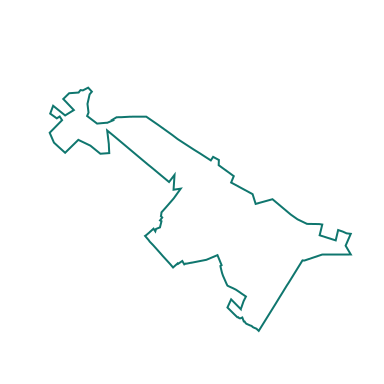 Villa Pesqueira, Sonora, Mexico, rotated 310°
{"feature_id": "50627088B53796408252368", "entity_name": "Villa Pesqueira", "entity_type": "district", "adm_level": 2, "iso_a3": "MEX", "parent_name": "Mexico", "parent_adm1": "Sonora", "projection": "albers", "projection_center": [-110.005, 29.14], "detail": "fine", "context": "isolated", "style": "outline", "palette": "teal", "viewbox_px": 384, "rotation_deg": 310, "n_neighbors": 0, "source": "geoboundaries", "source_scale": "gbopen_adm2", "svg_char_len": 2441}
<svg xmlns="http://www.w3.org/2000/svg" viewBox="0 0 384 384"><g transform="rotate(310 192 192)"><path d="M209.9,320.7L210.3,320.6L210.6,320.6L210.8,320.7L210.9,320.9L211.1,321.3L211.4,321.8L211.8,322.2L227.7,331.9L228.8,333.1L240.3,346.9L246.2,353.8L249.6,344.2L262.0,340.5L259.7,337.0L258.6,333.0L256.8,328.4L247.3,333.2L240.9,317.6L250.8,312.7L249.4,310.4L249.2,310.1L247.6,308.1L241.5,300.6L238.9,290.4L238.2,282.1L238.2,280.7L238.2,279.9L238.2,262.4L238.2,258.3L223.8,248.4L229.3,239.8L224.4,215.9L231.0,213.8L230.0,199.6L229.7,195.2L233.8,192.0L233.1,188.6L232.5,185.6L228.3,186.1L226.7,173.4L225.7,166.5L223.9,151.9L223.3,146.9L223.0,140.3L221.6,122.2L220.3,108.5L209.9,96.2L203.9,89.8L200.8,86.2L195.9,84.5L196.0,85.4L190.4,82.5L190.1,82.0L183.4,75.3L182.8,62.8L186.3,61.7L192.3,55.3L201.0,50.8L204.5,50.8L205.2,45.4L199.7,43.1L198.4,41.1L195.3,41.2L188.7,34.4L180.5,33.6L178.8,48.8L169.1,45.6L168.8,30.2L160.9,33.0L161.5,41.1L164.8,42.1L163.5,46.3L145.9,44.9L141.1,54.5L140.8,61.1L140.5,69.6L158.9,71.4L159.2,72.7L162.2,84.4L162.3,90.9L162.4,97.2L168.6,103.6L174.3,98.3L174.6,98.1L175.6,97.1L184.6,87.5L184.7,96.4L184.7,97.0L184.7,121.8L184.7,133.9L184.7,140.3L184.8,144.9L184.9,168.0L193.9,167.6L181.9,176.4L187.3,181.2L175.6,182.1L174.1,182.1L162.9,181.9L156.8,181.7L154.2,183.4L153.5,183.7L153.3,185.6L149.7,185.8L150.0,187.4L144.3,190.2L140.6,188.2L138.3,189.2L139.2,186.1L137.7,185.9L135.6,185.6L135.4,185.6L134.4,185.4L133.9,185.4L129.7,184.7L128.2,184.3L127.6,187.8L127.3,189.7L126.8,191.5L126.3,196.4L124.5,208.8L124.2,210.6L122.7,221.9L122.0,226.0L128.1,226.9L127.9,227.5L132.9,228.9L131.6,232.6L133.3,233.3L133.5,233.8L137.4,236.9L137.4,237.0L149.3,246.6L160.0,252.1L157.4,257.1L156.8,258.2L155.6,260.5L155.0,261.7L153.6,261.3L153.0,262.0L151.3,264.3L149.4,266.9L147.8,269.5L143.9,277.4L143.1,279.2L143.1,279.6L143.5,281.2L144.6,285.1L144.7,285.5L145.1,287.2L145.4,288.5L145.5,289.3L145.6,290.3L145.9,293.1L146.0,294.7L146.6,300.5L141.5,301.7L135.2,304.1L134.8,304.2L133.9,304.5L133.6,304.7L134.9,291.0L126.3,293.4L125.5,302.9L125.2,307.3L125.8,307.9L125.7,308.9L125.7,309.2L125.9,309.7L126.0,309.9L126.5,310.4L126.8,310.5L128.2,311.2L126.3,314.6L126.1,314.9L126.6,315.5L126.1,317.2L126.0,318.3L127.2,322.5L127.7,323.7L127.6,325.4L127.9,326.7L128.7,329.2L128.5,332.4L160.1,327.9L168.1,326.7L174.4,325.8L175.6,325.6L181.7,324.7L183.6,324.5L185.8,324.2L209.9,320.7Z" fill="none" stroke="#0f766e" stroke-width="2"/></g></svg>